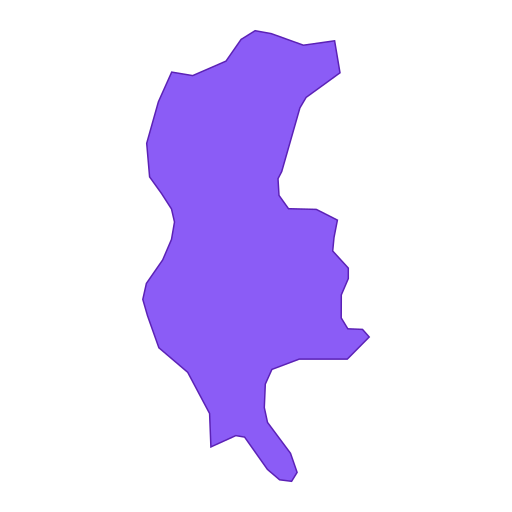 the district of Koung-Khi, Ouest, Cameroon
{"feature_id": "32672807B81686658173178", "entity_name": "Koung-Khi", "entity_type": "district", "adm_level": 2, "iso_a3": "CMR", "parent_name": "Cameroon", "parent_adm1": "Ouest", "projection": "equal_earth", "projection_center": [10.485, 5.336], "detail": "fine", "context": "isolated", "style": "filled", "palette": "violet", "viewbox_px": 512, "rotation_deg": 0, "n_neighbors": 0, "source": "geoboundaries", "source_scale": "gbopen_adm2", "svg_char_len": 782}
<svg xmlns="http://www.w3.org/2000/svg" viewBox="0 0 512 512"><path d="M210.9,446.9L235.8,435.6L244.6,437.1L267.5,469.5L279.6,479.8L291.6,481.3L297.1,472.4L290.5,453.3L267.5,422.4L264.3,407.6L265.3,384.1L271.9,369.4L299.2,359.1L347.3,359.1L369.2,337.0L362.5,329.4L347.8,328.8L341.2,317.9L341.3,294.9L348.3,278.6L348.3,268.1L332.7,251.0L334.0,237.5L337.4,220.1L316.3,209.4L288.5,208.7L279.0,195.4L278.0,178.7L281.7,171.6L299.9,107.9L306.1,97.4L340.0,72.8L334.6,40.8L303.4,45.2L271.2,33.6L255.1,30.7L241.1,39.4L226.0,61.1L192.7,75.6L171.7,72.1L158.4,101.8L146.7,143.3L149.6,176.9L161.6,193.6L171.5,209.0L174.5,222.0L171.5,239.4L162.7,259.9L146.4,283.4L142.8,299.4L147.5,315.7L158.9,347.8L187.7,372.3L209.6,413.5L210.9,446.9Z" fill="#8b5cf6" stroke="#5b21b6" stroke-width="1.5"/></svg>